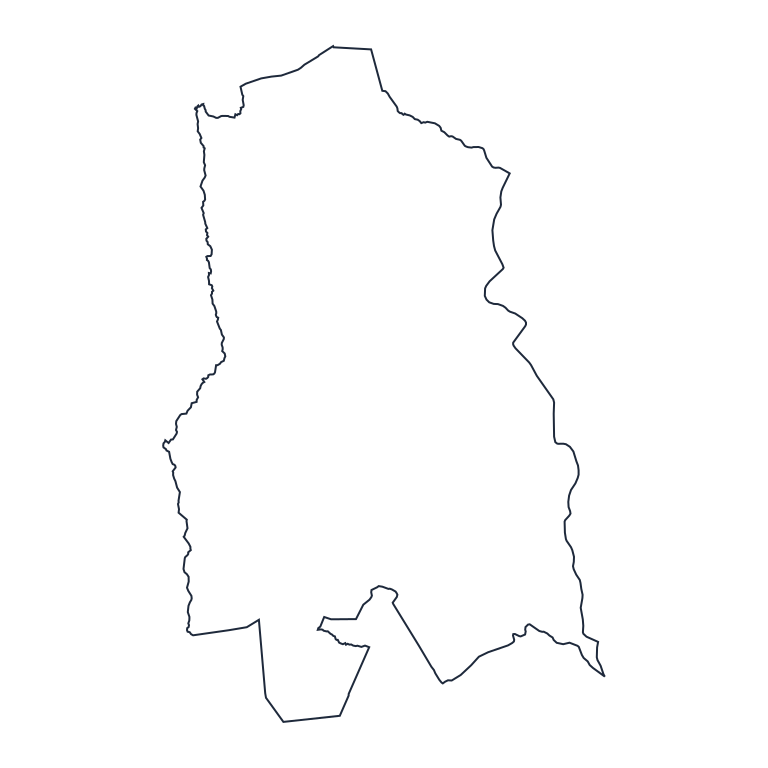 the district of Kipipiri, Central, Kenya
{"feature_id": "3690345B3299927088893", "entity_name": "Kipipiri", "entity_type": "district", "adm_level": 2, "iso_a3": "KEN", "parent_name": "Kenya", "parent_adm1": "Central", "projection": "robinson", "projection_center": [36.521, -0.423], "detail": "fine", "context": "isolated", "style": "outline", "palette": "slate", "viewbox_px": 768, "rotation_deg": 0, "n_neighbors": 0, "source": "geoboundaries", "source_scale": "gbopen_adm2", "svg_char_len": 6107}
<svg xmlns="http://www.w3.org/2000/svg" viewBox="0 0 768 768"><path d="M283.4,721.9L339.8,715.8L348.6,695.7L348.7,693.9L369.2,647.2L365.0,645.6L361.4,646.9L357.4,645.7L355.8,646.1L353.2,645.6L351.3,644.5L349.3,644.6L347.7,643.8L346.0,644.7L345.3,643.1L342.9,644.2L340.5,643.3L339.1,642.6L337.8,639.9L336.5,639.9L335.6,639.0L334.9,636.4L333.3,635.9L332.1,634.6L330.5,633.8L327.8,631.3L326.5,631.4L323.6,630.7L322.6,629.7L320.9,629.4L317.8,629.8L318.3,628.1L320.3,626.6L324.2,617.0L331.1,619.3L356.0,619.1L363.3,604.7L369.5,599.7L371.3,597.2L371.9,595.6L371.2,592.3L371.5,590.0L377.1,587.3L378.7,586.1L382.4,586.7L388.4,588.9L389.8,588.7L391.8,589.4L395.5,591.5L396.5,592.9L397.4,594.7L396.8,597.0L392.7,602.7L393.3,604.1L419.0,645.9L431.4,666.8L433.9,670.0L435.3,673.3L439.3,679.8L441.5,682.5L442.8,683.4L445.1,681.7L448.0,680.3L451.7,680.5L460.7,675.0L471.2,665.2L478.9,656.7L488.2,652.2L508.0,645.4L512.2,643.0L513.9,641.5L514.2,639.8L513.0,635.5L513.3,634.1L514.9,634.0L519.2,636.1L520.7,636.4L525.1,634.5L525.7,631.4L525.2,629.8L525.5,627.1L528.0,624.6L529.7,624.3L539.3,631.0L542.2,631.8L543.7,631.7L547.3,633.5L549.4,635.5L552.6,637.5L553.7,640.0L556.7,642.8L563.2,644.2L569.5,642.7L577.5,645.8L578.8,646.9L581.9,655.0L583.7,658.0L587.7,661.4L589.7,665.0L592.9,667.9L604.8,676.6L603.5,674.3L600.6,665.7L597.5,660.1L596.8,657.3L597.1,647.4L598.1,641.9L586.5,636.7L583.4,633.8L582.9,632.3L583.3,625.8L582.8,619.4L580.7,607.8L582.4,598.1L582.6,594.8L581.3,588.9L580.5,583.0L579.8,580.0L576.2,574.6L573.7,569.2L573.0,566.2L573.8,561.9L574.0,556.8L572.3,550.2L571.0,547.2L566.6,540.8L565.9,539.0L564.9,532.6L564.6,521.6L565.2,520.1L569.3,515.6L570.5,513.6L570.1,511.1L568.6,507.1L568.3,501.9L569.1,495.6L571.0,490.0L575.4,483.4L577.7,478.0L578.6,474.7L578.6,470.3L578.0,465.5L576.4,461.3L573.4,451.5L569.9,446.8L565.9,444.2L563.1,443.7L558.1,443.8L557.0,443.5L555.3,442.1L554.1,436.7L553.7,413.7L554.1,402.6L553.3,399.3L536.8,375.8L531.0,365.0L529.2,362.5L515.5,348.3L513.6,345.6L513.1,344.1L513.2,342.6L525.2,326.2L526.0,324.5L526.0,322.6L525.0,320.7L522.3,318.2L515.2,313.5L510.0,311.7L508.2,310.6L505.5,307.7L503.0,305.9L498.0,304.1L493.7,303.9L489.2,302.3L486.5,299.6L484.8,295.9L485.1,288.4L486.2,285.9L489.6,281.3L502.8,269.1L503.6,267.7L502.4,264.3L495.2,250.5L494.0,246.0L493.2,240.5L492.4,230.2L494.2,219.4L496.6,213.7L500.5,206.8L501.0,204.7L500.4,197.5L501.3,191.4L502.7,187.8L509.7,173.4L500.0,167.9L498.5,167.6L495.5,167.8L493.6,167.5L492.1,166.6L486.4,157.8L484.2,150.6L483.6,149.2L482.5,148.2L478.6,147.0L473.3,147.1L471.6,147.6L468.1,147.2L466.3,146.6L464.8,145.8L461.2,140.7L459.9,139.8L456.0,138.9L452.6,136.5L451.1,136.2L449.2,136.6L447.6,135.5L444.3,132.2L441.4,130.7L440.6,127.7L439.2,125.9L434.9,123.3L427.3,121.8L425.2,122.6L423.7,122.2L421.3,123.1L419.7,121.1L417.7,119.7L414.8,119.1L412.7,116.9L409.7,115.4L405.9,114.5L404.7,113.7L403.6,114.8L402.6,114.3L401.6,113.1L400.0,113.1L398.8,112.2L397.7,111.0L397.4,108.4L396.7,106.6L389.7,96.9L387.8,93.5L385.5,91.2L382.3,90.8L371.1,49.4L333.6,47.3L333.1,46.1L319.2,55.0L318.1,56.4L304.4,64.7L300.9,67.8L298.0,69.7L281.2,75.6L271.5,76.6L261.2,78.4L245.8,83.7L240.5,86.7L242.3,94.7L243.3,96.1L242.7,99.9L243.7,105.2L243.3,106.9L240.8,107.8L241.2,109.1L240.3,111.1L240.4,113.4L239.4,114.2L238.2,114.0L237.1,115.2L235.4,114.3L234.5,117.6L229.5,116.8L228.1,116.0L222.4,115.9L221.1,116.1L217.8,117.9L216.2,117.9L213.4,116.5L208.6,115.5L205.7,111.6L205.6,110.1L204.8,108.8L204.1,106.0L203.2,105.3L203.3,104.0L201.6,104.5L200.4,106.2L199.0,106.8L198.3,105.5L197.3,106.5L196.8,108.2L195.5,107.6L194.9,108.8L197.3,111.1L196.5,113.0L196.4,114.9L198.1,121.4L197.6,124.1L198.1,128.2L197.7,131.3L199.7,134.0L201.4,138.0L200.2,139.6L200.8,142.8L203.6,146.1L203.6,147.5L204.7,148.3L203.9,151.3L204.4,154.9L203.8,162.2L205.1,165.3L204.3,168.4L204.2,170.2L205.6,175.5L204.7,177.6L202.5,180.6L200.5,186.5L203.5,190.7L204.8,194.8L205.1,199.5L204.4,200.8L203.1,201.8L203.3,205.5L201.5,207.9L203.7,213.1L203.1,214.8L205.2,222.1L205.3,223.7L207.3,228.1L205.8,229.4L206.0,231.5L207.4,233.0L207.0,235.1L208.2,236.7L206.3,238.8L206.5,240.7L207.6,242.0L207.8,244.3L210.3,246.2L211.9,249.7L211.6,254.3L210.6,256.0L207.4,256.1L206.3,256.8L207.0,258.7L206.9,260.0L208.1,260.8L208.9,262.3L209.7,268.1L210.8,269.4L211.1,271.3L210.7,273.4L208.9,273.0L209.0,275.0L208.1,277.0L209.0,280.9L209.1,284.3L211.7,285.2L212.3,286.4L211.9,288.1L213.3,290.7L212.0,291.8L212.0,293.6L211.0,295.2L212.4,299.5L212.6,303.6L214.4,306.1L216.2,311.5L216.3,313.1L215.8,314.8L216.2,316.0L216.8,317.1L218.2,317.7L217.9,319.5L217.0,321.5L219.8,328.6L220.9,330.0L221.9,334.6L223.9,337.4L223.8,339.0L221.8,343.0L221.7,344.8L222.6,347.3L222.7,349.2L222.2,351.1L224.7,353.5L225.3,356.4L224.5,358.0L223.8,360.8L221.1,362.1L219.9,363.8L217.5,365.2L216.1,365.2L215.0,372.3L214.3,373.6L213.1,374.4L209.9,374.5L208.3,375.3L208.2,377.0L207.2,378.1L206.0,378.8L203.6,378.4L202.4,379.3L204.3,382.0L202.7,382.9L201.5,384.3L200.6,386.1L200.2,388.2L197.2,391.7L197.1,394.7L198.1,397.3L196.7,399.8L196.6,401.9L191.7,403.2L190.9,407.3L187.6,410.7L186.4,413.6L181.5,414.1L180.2,415.1L176.3,421.1L176.0,423.9L176.8,426.9L176.0,430.0L177.0,431.9L176.6,433.6L172.9,439.4L171.0,439.6L168.6,443.0L165.3,440.3L164.9,441.8L163.5,443.4L163.2,445.6L163.5,447.4L165.9,449.1L166.5,450.5L169.1,451.8L170.4,458.8L171.7,462.2L172.7,464.1L174.5,464.8L175.4,466.1L175.6,467.5L172.7,471.3L173.2,472.5L173.1,475.1L174.2,478.7L175.4,481.1L177.1,487.6L179.9,492.1L178.5,500.9L178.7,502.3L178.0,504.0L179.0,509.2L178.6,512.7L186.8,519.7L186.5,521.0L187.5,528.3L185.3,532.9L184.6,535.7L183.7,536.8L188.7,543.5L190.4,546.8L190.4,548.7L190.8,550.1L188.2,552.3L188.2,554.0L187.4,555.2L185.3,557.0L184.8,558.1L183.5,569.0L184.5,572.2L186.9,574.2L188.6,576.8L188.7,581.6L187.0,587.7L188.3,590.9L191.4,595.8L191.7,598.3L191.3,600.0L189.9,602.3L188.5,605.8L187.8,612.1L189.4,616.8L189.4,618.4L189.3,620.5L188.3,623.4L189.0,625.1L188.6,627.1L187.2,628.1L187.0,630.1L187.6,631.7L189.7,632.2L191.1,634.2L193.1,635.3L228.9,630.2L246.8,627.2L258.9,619.8L265.2,693.2L266.0,697.8L283.4,721.9Z" fill="none" stroke="#1e293b" stroke-width="2"/></svg>